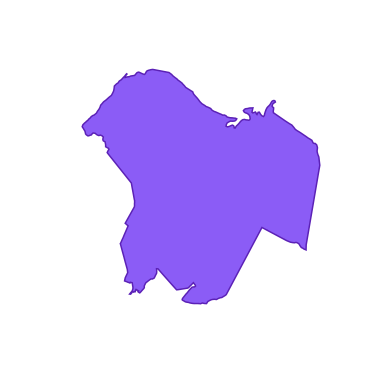 outline of Santa María Xadani, Oaxaca, Mexico, rotated 208°
{"feature_id": "50627088B75217483521688", "entity_name": "Santa María Xadani", "entity_type": "district", "adm_level": 2, "iso_a3": "MEX", "parent_name": "Mexico", "parent_adm1": "Oaxaca", "projection": "natural_earth1", "projection_center": [-95.02, 16.369], "detail": "fine", "context": "isolated", "style": "filled", "palette": "violet", "viewbox_px": 384, "rotation_deg": 208, "n_neighbors": 0, "source": "geoboundaries", "source_scale": "gbopen_adm2", "svg_char_len": 5572}
<svg xmlns="http://www.w3.org/2000/svg" viewBox="0 0 384 384"><g transform="rotate(208 192 192)"><path d="M94.0,278.9L96.4,282.4L97.5,283.4L98.5,284.2L99.9,285.7L100.8,286.9L102.0,290.0L103.0,291.1L104.1,292.2L106.1,292.7L107.0,292.2L108.1,292.2L110.4,293.9L112.3,294.1L115.0,294.2L117.8,294.6L120.7,294.9L123.3,295.2L125.8,295.4L128.0,295.5L130.2,295.8L130.6,296.0L132.8,297.0L135.3,298.0L138.0,298.1L142.7,298.5L157.3,300.2L158.2,301.5L158.6,302.7L159.0,303.8L159.6,304.8L160.6,304.9L161.6,305.4L161.8,306.4L162.0,307.5L161.7,308.7L161.1,309.5L160.6,310.6L161.6,311.4L162.6,311.3L163.4,310.6L164.0,309.5L164.1,308.2L164.1,306.9L164.2,305.7L164.5,304.4L164.9,303.3L165.2,302.1L165.3,301.7L165.3,299.4L164.9,296.9L164.5,294.8L164.1,293.8L164.3,292.2L165.9,292.1L166.9,292.4L167.9,292.8L170.0,294.1L171.0,293.5L171.0,292.4L171.0,290.9L172.0,291.2L172.8,292.1L173.6,292.4L174.3,291.6L175.4,290.4L176.4,290.5L176.8,291.6L177.7,294.9L179.0,294.1L180.6,293.2L182.0,291.9L183.7,290.7L184.5,289.6L184.8,287.9L183.2,287.0L181.8,287.0L180.3,287.3L178.8,287.1L177.5,286.7L176.5,285.9L175.0,284.0L175.0,282.8L175.6,282.0L176.7,281.7L178.1,281.1L179.8,280.7L181.1,279.7L181.6,278.9L182.2,277.3L182.5,276.0L182.7,274.7L183.3,272.5L183.8,271.2L183.9,269.9L183.9,268.8L184.8,268.4L185.7,269.6L186.5,270.1L187.8,270.0L188.5,269.2L189.9,267.4L191.2,266.2L192.7,266.0L193.3,267.4L193.4,269.5L192.4,271.2L191.3,272.7L189.6,273.4L188.2,274.3L187.5,274.9L187.0,275.9L186.8,277.6L188.1,277.6L189.3,277.1L191.4,276.3L193.3,275.4L196.1,274.7L198.0,275.3L199.8,275.1L200.8,274.3L202.7,274.3L204.5,274.1L208.5,273.8L210.7,273.5L212.9,273.7L214.7,274.5L217.4,274.4L219.8,274.1L221.3,274.4L224.7,274.6L227.5,275.5L230.0,276.7L231.9,277.5L234.2,278.3L236.3,279.1L237.4,279.9L238.6,280.9L239.0,280.8L246.7,281.4L248.7,282.3L249.3,282.5L250.6,282.9L252.0,283.5L254.3,283.9L257.2,284.3L258.5,284.8L260.3,285.0L261.4,285.2L263.9,285.7L265.0,286.2L268.4,286.7L284.2,281.8L285.6,280.8L287.7,278.9L288.5,277.9L288.8,277.2L288.8,275.6L288.9,274.1L289.3,273.4L291.5,273.1L293.2,273.0L295.0,272.9L295.7,272.6L296.6,271.5L296.9,270.2L297.4,268.0L299.5,266.4L300.6,265.6L301.5,264.4L303.1,263.3L304.7,261.8L305.1,262.8L305.2,263.7L304.8,265.6L305.2,265.7L305.3,265.4L305.6,264.2L305.8,262.6L306.3,261.2L306.7,259.6L307.2,257.8L308.3,255.8L308.5,253.6L309.4,252.0L309.9,250.4L310.3,249.1L309.6,247.4L309.0,245.7L308.6,244.2L308.5,242.3L308.5,239.5L309.8,236.5L311.0,233.1L312.4,230.1L312.9,227.7L313.4,225.8L313.0,223.6L313.0,221.3L313.4,218.8L313.4,216.8L314.5,214.1L315.6,212.8L316.4,211.1L316.7,209.5L317.2,208.4L317.5,207.4L317.7,206.1L318.4,204.9L318.6,203.8L319.1,202.8L319.5,201.5L319.9,200.0L319.6,198.1L318.5,197.5L316.5,196.3L315.3,195.6L314.7,195.1L314.3,194.6L313.2,193.3L312.2,192.9L310.8,192.7L310.2,192.7L309.4,193.3L308.6,194.3L307.6,195.2L307.5,196.5L307.0,197.7L306.0,198.0L305.1,198.4L304.0,198.1L303.0,197.9L301.0,198.0L300.5,198.3L299.7,199.2L298.0,199.4L296.1,198.9L295.8,197.6L295.3,196.4L294.5,195.6L293.7,195.5L292.3,195.5L291.6,194.6L290.6,193.4L289.9,192.2L289.5,191.4L288.4,191.4L287.3,191.3L286.3,191.4L285.4,190.7L285.5,189.5L285.5,188.5L285.4,187.0L284.2,186.4L279.6,184.4L267.6,179.2L254.2,173.4L249.8,171.5L247.3,168.3L239.0,157.8L238.7,157.6L238.3,156.8L237.8,155.9L237.3,154.7L236.4,153.1L235.9,151.8L236.3,133.0L232.5,132.1L231.6,121.2L231.4,119.5L231.3,117.3L231.2,115.9L231.0,113.3L231.1,112.8L230.7,112.4L225.0,106.3L221.5,102.6L218.2,99.0L212.8,93.3L210.9,90.6L210.8,87.5L210.7,85.6L210.7,85.2L210.5,84.3L210.1,82.9L209.8,81.8L209.7,81.8L206.9,82.2L206.7,82.2L206.4,82.2L205.8,82.3L204.7,82.5L204.1,82.5L204.1,83.0L204.1,83.3L202.2,83.8L200.7,81.8L199.5,80.3L198.8,78.9L198.6,78.0L198.4,76.9L198.5,75.9L199.0,73.6L199.2,72.6L198.9,72.7L198.7,72.7L198.3,72.9L198.0,73.7L198.0,73.8L197.9,74.5L197.8,75.2L197.7,76.1L196.6,76.2L196.6,76.3L196.5,76.5L196.4,76.6L196.3,76.8L196.2,76.8L195.4,77.1L195.3,77.3L195.4,77.6L195.5,78.0L195.6,78.3L195.7,78.8L195.7,79.1L195.7,79.5L195.3,79.4L195.3,79.7L193.7,79.6L192.7,79.6L192.9,78.6L191.8,78.4L191.4,78.4L191.2,78.4L190.8,78.4L190.8,78.5L190.6,78.9L190.3,79.8L190.0,81.2L189.6,82.8L189.3,83.9L189.2,84.8L189.2,85.0L189.3,85.4L189.4,85.5L189.6,85.8L189.7,86.1L189.8,86.2L190.0,86.7L190.1,87.2L190.1,87.8L190.1,88.5L190.2,89.1L190.1,89.7L190.1,90.3L190.0,90.7L189.4,91.7L188.8,93.2L188.3,94.2L187.9,95.1L187.6,95.6L187.4,95.9L187.1,96.1L186.6,96.4L186.1,96.6L185.8,97.1L185.3,97.7L185.0,98.3L185.0,98.5L185.0,99.7L185.1,101.2L185.1,103.6L185.6,104.8L186.4,106.2L187.3,107.6L186.0,108.2L179.4,105.7L167.1,101.1L159.7,98.4L158.6,99.1L157.0,100.3L155.6,101.4L154.4,102.3L153.6,102.9L152.8,103.5L151.9,104.2L150.7,105.1L150.1,106.1L149.7,107.7L149.2,109.1L148.7,110.9L148.4,111.8L148.2,112.6L145.4,111.3L144.7,110.6L145.1,109.5L146.4,108.7L147.3,107.9L147.7,106.5L148.3,104.2L148.5,103.1L148.9,100.7L149.3,99.5L149.6,97.9L150.4,93.5L150.1,92.2L149.1,92.0L148.0,92.0L146.3,91.9L144.8,92.3L143.1,92.9L142.3,93.0L141.4,93.2L139.5,93.8L138.5,94.2L137.2,94.8L135.9,95.5L134.0,96.5L133.1,96.9L131.9,97.4L131.3,98.2L130.6,98.9L129.3,99.2L128.2,99.6L126.8,100.3L126.6,102.8L125.6,104.3L124.5,105.8L123.4,106.8L121.9,107.8L119.9,108.6L118.9,110.2L117.7,111.6L116.1,112.9L115.4,114.1L114.2,116.1L113.6,117.4L113.6,193.5L106.6,193.5L102.8,193.5L101.6,193.5L95.2,193.5L87.5,193.5L85.7,193.5L81.6,193.9L79.6,194.5L77.8,195.2L76.5,196.3L75.2,196.6L73.2,196.4L71.6,195.4L70.1,194.6L69.3,194.3L67.7,194.4L66.7,194.2L65.4,194.3L64.1,194.4L66.4,199.0L86.5,259.8L89.0,267.3L91.7,275.6L94.0,278.9Z" fill="#8b5cf6" stroke="#5b21b6" stroke-width="1.5"/></g></svg>